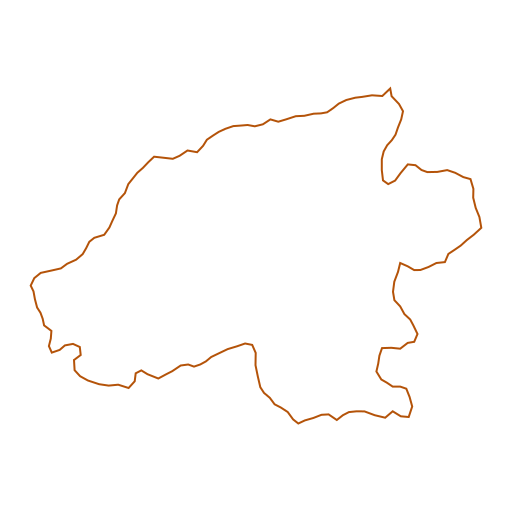 Divisa Nova, Minas Gerais, Brazil (Albers equal-area conic projection)
{"feature_id": "56859067B77577682938922", "entity_name": "Divisa Nova", "entity_type": "district", "adm_level": 2, "iso_a3": "BRA", "parent_name": "Brazil", "parent_adm1": "Minas Gerais", "projection": "albers", "projection_center": [-46.241, -21.515], "detail": "fine", "context": "isolated", "style": "outline", "palette": "amber", "viewbox_px": 512, "rotation_deg": 0, "n_neighbors": 0, "source": "geoboundaries", "source_scale": "gbopen_adm2", "svg_char_len": 2333}
<svg xmlns="http://www.w3.org/2000/svg" viewBox="0 0 512 512"><path d="M390.2,88.5L382.3,96.0L372.0,95.3L362.1,96.9L355.3,97.7L346.3,100.0L338.8,103.6L333.2,108.1L327.1,112.3L320.9,113.4L313.7,113.7L304.3,115.8L295.8,116.2L286.0,119.4L278.3,121.7L270.4,119.4L262.9,124.3L254.8,126.3L247.6,125.0L240.4,125.6L233.3,126.1L225.4,128.8L218.7,131.9L213.1,135.5L206.9,139.7L203.1,145.8L197.1,152.2L187.5,150.5L179.6,155.8L172.8,158.8L164.0,157.8L154.1,156.7L148.4,162.1L142.9,167.9L137.3,172.8L132.3,179.1L128.3,184.1L124.9,193.1L119.2,199.4L117.1,205.4L115.9,213.4L112.2,221.2L109.4,227.5L104.2,234.8L94.3,237.8L89.3,241.8L86.2,248.1L82.7,254.1L76.1,259.7L67.1,263.8L60.9,268.4L52.1,270.4L40.7,272.9L34.3,278.1L30.7,285.6L33.5,291.4L34.9,299.1L37.1,307.5L40.5,312.8L42.7,318.8L44.1,325.4L51.4,330.9L50.8,338.6L48.9,346.1L51.8,352.6L59.7,349.9L64.9,345.4L73.0,343.9L79.8,347.0L80.7,355.0L74.0,360.0L74.6,370.2L80.1,376.2L87.9,380.5L99.1,384.2L108.7,385.6L118.2,384.7L128.6,388.0L134.7,381.3L135.7,373.3L141.3,370.4L147.5,374.2L158.3,378.5L166.3,374.2L172.2,371.2L180.7,365.5L188.2,364.5L194.0,366.6L200.2,364.5L205.9,361.4L211.2,357.0L218.7,353.4L227.7,349.1L237.0,346.3L245.1,343.5L252.2,344.9L255.7,352.9L255.5,365.2L257.8,376.4L260.3,387.2L264.0,392.9L269.8,397.8L274.6,404.3L280.8,407.5L287.7,412.0L293.1,419.4L298.3,423.5L304.9,420.4L313.3,418.0L321.5,414.8L328.6,414.4L336.8,420.0L342.9,415.2L348.9,412.1L356.6,411.3L364.5,411.4L374.7,415.2L385.2,417.7L392.7,411.3L400.8,416.3L408.7,417.0L412.2,406.5L409.6,397.0L406.3,388.7L400.2,386.6L392.7,386.6L386.9,382.7L381.3,379.5L376.4,371.5L378.2,363.7L379.4,355.7L382.0,348.1L391.3,347.8L400.2,348.7L407.7,342.9L414.2,341.8L417.5,334.0L413.3,325.3L410.2,319.5L404.4,314.1L400.2,306.4L394.4,300.2L393.0,291.8L394.3,281.7L398.0,271.9L400.2,263.0L407.7,266.3L414.2,270.1L420.4,270.0L428.5,267.0L436.4,263.0L444.9,262.1L448.4,253.9L454.6,249.8L460.7,245.6L466.9,240.0L473.8,234.7L481.3,227.8L479.4,217.0L475.7,207.9L473.2,197.7L473.4,188.9L470.5,179.1L463.3,177.1L455.2,172.8L447.2,170.1L437.4,171.9L427.3,172.1L421.5,170.0L415.5,165.2L407.8,164.4L400.5,173.2L395.1,180.6L388.2,184.1L383.0,180.4L381.8,170.1L381.8,159.2L383.7,151.4L387.2,145.2L391.8,140.2L395.5,134.7L398.0,127.4L401.2,119.4L403.0,111.2L399.0,104.0L391.6,96.2L390.2,88.5Z" fill="none" stroke="#b45309" stroke-width="2"/></svg>